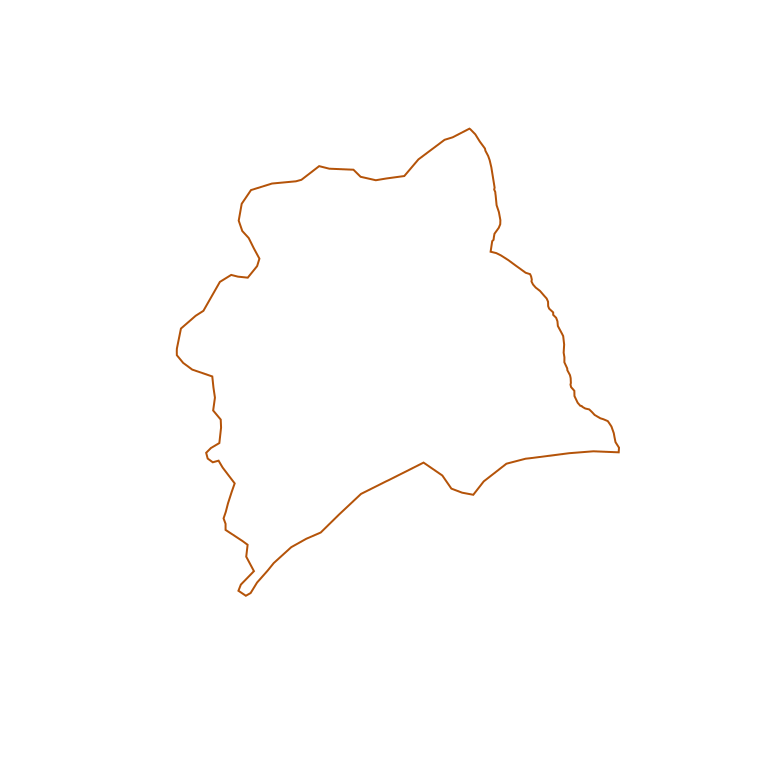 Faro-et-Deo, Adamaoua, Cameroon, rotated 129°
{"feature_id": "32672807B79440248069412", "entity_name": "Faro-et-Deo", "entity_type": "district", "adm_level": 2, "iso_a3": "CMR", "parent_name": "Cameroon", "parent_adm1": "Adamaoua", "projection": "orthographic", "projection_center": [12.392, 7.524], "detail": "fine", "context": "isolated", "style": "outline", "palette": "amber", "viewbox_px": 768, "rotation_deg": 129, "n_neighbors": 0, "source": "geoboundaries", "source_scale": "gbopen_adm2", "svg_char_len": 2170}
<svg xmlns="http://www.w3.org/2000/svg" viewBox="0 0 768 768"><g transform="rotate(129 384 384)"><path d="M486.9,567.2L488.9,565.7L492.0,563.1L494.0,553.3L493.5,542.1L486.2,522.2L494.0,514.4L501.0,506.8L512.1,500.1L514.4,488.5L520.4,483.2L533.5,474.8L542.6,478.2L549.4,478.9L552.9,474.1L552.6,467.8L547.7,464.3L550.5,456.8L552.7,447.8L555.2,437.5L563.6,434.5L575.0,430.1L582.9,426.5L589.4,424.1L592.4,419.1L597.1,415.3L595.1,395.3L594.8,388.8L604.9,382.4L611.3,367.3L630.0,369.0L636.3,367.0L635.5,358.1L630.4,356.1L618.2,357.7L602.4,357.0L592.5,357.0L569.2,353.4L553.2,347.0L539.2,339.7L513.8,336.8L483.9,332.7L457.9,320.9L456.1,320.0L420.2,303.8L418.4,281.1L422.9,265.8L419.3,254.9L413.9,244.9L396.9,245.2L368.9,238.7L352.9,226.9L350.2,224.2L321.2,196.5L304.5,178.9L289.4,158.6L285.6,161.3L283.5,167.5L280.1,171.6L277.6,174.5L273.9,180.5L272.8,184.0L272.0,186.7L273.3,191.3L274.5,194.3L275.5,200.8L274.9,204.9L274.6,208.5L276.4,212.2L276.9,215.5L276.7,216.6L277.4,217.7L276.7,221.7L273.5,228.4L269.5,231.8L268.7,236.6L267.1,238.7L265.6,239.4L263.7,241.1L262.0,242.6L260.1,245.0L257.9,250.2L256.6,251.4L253.6,257.5L249.7,260.6L246.6,264.1L240.0,268.8L234.0,274.9L233.0,277.1L229.5,285.4L226.1,288.7L224.2,291.9L223.8,296.0L221.9,297.6L221.5,303.1L220.2,305.4L216.8,308.3L215.2,311.4L214.6,315.2L213.5,321.3L213.6,326.8L212.9,330.8L211.5,333.9L209.8,334.9L207.8,337.4L206.7,339.6L208.4,343.9L209.1,356.5L209.5,365.5L210.5,374.2L211.6,379.1L214.1,384.4L204.9,389.8L203.0,389.6L200.6,391.1L197.7,392.7L190.4,393.1L186.7,394.2L183.4,396.7L178.1,402.9L174.2,409.0L167.1,416.0L165.8,417.4L164.8,418.3L163.5,420.8L161.8,421.6L148.1,436.9L143.6,442.7L141.2,446.6L139.8,449.9L138.9,452.0L137.5,453.7L135.3,462.1L132.5,470.2L131.7,477.2L131.8,478.3L149.1,485.9L156.1,490.6L187.8,498.6L209.6,499.1L222.9,511.6L230.8,518.6L237.7,532.6L237.5,534.5L236.7,542.6L251.1,562.0L255.5,571.5L275.7,576.3L277.3,576.7L281.9,580.0L298.7,597.2L317.0,609.4L333.5,608.0L348.5,599.7L354.3,590.4L355.7,581.0L360.5,570.5L365.0,559.7L372.2,556.8L387.1,556.8L392.5,565.1L395.4,571.4L407.9,575.8L440.8,570.4L449.5,573.3L468.7,576.7L486.9,567.2Z" fill="none" stroke="#b45309" stroke-width="2"/></g></svg>